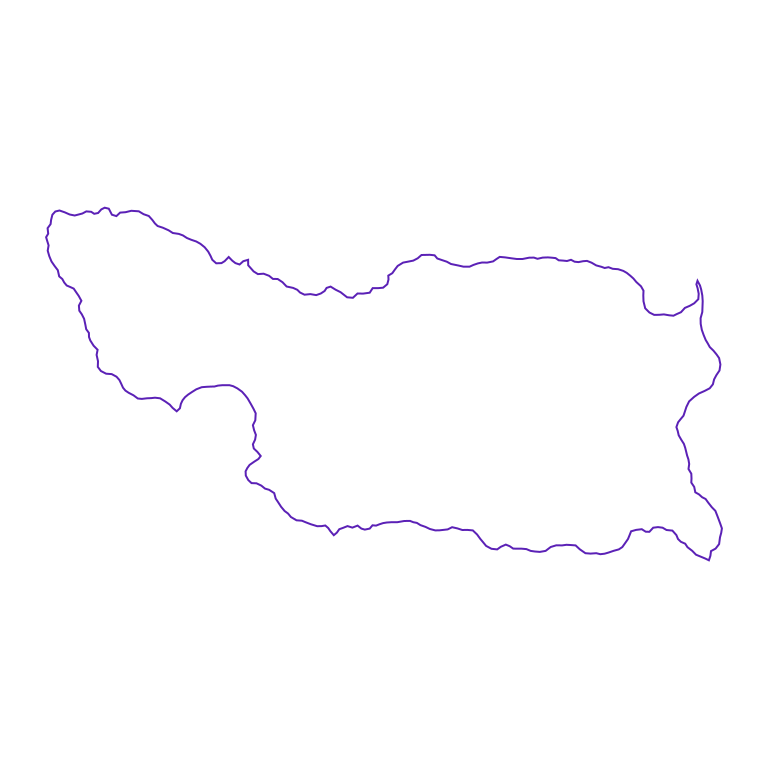 outline of Comendador Gomes, Minas Gerais, Brazil
{"feature_id": "56859067B18918889331933", "entity_name": "Comendador Gomes", "entity_type": "district", "adm_level": 2, "iso_a3": "BRA", "parent_name": "Brazil", "parent_adm1": "Minas Gerais", "projection": "albers", "projection_center": [-49.083, -19.671], "detail": "fine", "context": "isolated", "style": "outline", "palette": "violet", "viewbox_px": 768, "rotation_deg": 0, "n_neighbors": 0, "source": "geoboundaries", "source_scale": "gbopen_adm2", "svg_char_len": 5179}
<svg xmlns="http://www.w3.org/2000/svg" viewBox="0 0 768 768"><path d="M52.4,214.7L51.1,219.9L50.6,224.1L47.6,228.2L48.2,233.7L46.1,237.2L47.2,240.9L48.6,245.4L47.7,250.7L49.3,256.2L51.5,261.5L54.6,266.0L57.8,270.2L59.2,276.4L62.3,279.0L64.2,282.5L66.7,285.5L70.2,287.0L73.7,288.6L76.0,292.0L78.7,295.9L81.4,300.8L78.9,305.6L79.3,310.7L81.8,314.3L84.1,318.8L85.4,324.9L86.2,329.2L88.9,332.9L89.0,337.0L90.3,340.5L93.6,345.7L97.6,349.8L96.6,354.9L98.0,361.2L97.8,366.9L100.9,371.0L106.1,373.7L111.7,374.1L116.5,376.7L119.4,380.0L121.1,383.5L123.0,387.7L125.4,390.6L128.7,392.8L133.5,395.3L137.8,398.5L141.8,398.9L146.9,398.3L151.3,398.1L155.0,397.7L160.1,398.3L165.3,401.5L169.7,404.6L172.6,407.9L176.7,411.3L179.9,408.3L180.9,403.8L182.6,400.2L185.0,397.2L188.1,394.6L192.0,392.0L196.3,389.3L201.7,387.2L206.6,386.8L210.7,386.6L214.5,386.5L218.0,385.6L222.3,385.2L229.5,385.2L233.2,386.2L237.4,388.4L242.0,391.7L245.1,395.2L247.6,398.4L250.8,403.9L253.5,408.8L255.7,413.3L255.3,420.3L252.9,425.2L254.1,430.2L255.9,434.9L255.1,439.6L252.9,444.3L253.8,448.5L257.4,451.9L260.7,456.0L258.4,459.0L254.2,461.7L249.6,464.9L247.4,467.9L245.6,471.3L245.8,475.6L248.3,480.1L251.5,483.1L256.5,483.3L261.3,485.6L265.0,488.6L269.1,489.8L274.2,493.1L275.7,498.6L277.8,501.7L281.1,506.8L284.6,511.0L288.0,513.5L290.9,517.0L296.5,520.3L301.9,520.7L305.5,522.2L310.7,524.2L317.2,526.2L321.6,526.1L325.3,525.5L328.2,528.0L330.3,531.1L333.8,535.2L336.8,532.7L339.3,529.2L342.7,528.0L347.5,526.1L352.4,527.6L357.6,525.6L361.4,528.6L364.8,529.6L369.7,528.6L372.5,525.3L376.1,525.6L379.4,524.3L383.1,523.1L386.8,522.5L391.5,522.2L397.3,522.2L404.2,521.0L410.0,520.9L413.3,522.2L416.9,522.9L420.4,525.1L425.5,526.9L429.9,529.0L435.3,530.4L439.6,530.3L443.3,529.9L447.7,529.4L452.1,527.2L457.4,528.4L462.3,530.0L467.2,529.9L472.8,530.4L477.1,534.5L480.3,538.9L482.9,542.0L486.1,545.9L491.5,548.8L497.2,549.4L500.8,546.8L505.8,544.6L509.7,546.2L513.2,548.6L517.8,548.7L521.8,548.7L526.4,549.1L530.7,550.9L534.9,551.5L539.8,551.9L545.6,550.9L550.7,547.0L556.3,545.3L562.1,545.4L566.5,544.8L570.2,545.0L575.6,545.4L579.8,549.3L585.4,553.2L590.5,553.6L596.3,553.2L600.3,554.2L604.6,553.7L608.4,552.6L613.7,550.8L618.8,549.4L622.3,547.1L625.0,543.3L628.0,539.0L629.6,535.1L631.1,531.3L636.1,529.9L641.8,529.2L645.7,531.7L649.4,531.8L653.2,527.7L658.0,527.1L662.6,527.7L666.5,530.0L672.4,530.6L676.4,535.1L678.0,539.0L680.9,541.8L685.2,543.7L687.5,547.2L692.2,550.8L696.0,554.7L700.6,556.6L705.4,558.6L708.9,560.3L710.4,555.8L711.0,551.1L715.6,548.6L719.1,544.1L720.0,537.3L721.2,532.9L721.9,528.4L720.2,523.5L717.7,516.8L715.4,510.9L711.8,507.2L708.2,502.6L705.6,499.0L702.1,497.2L699.0,494.4L695.3,492.3L694.2,486.9L691.3,482.6L691.5,478.4L691.3,473.7L688.5,469.0L689.2,464.0L688.4,459.3L687.1,455.5L686.2,451.8L685.2,447.8L683.9,443.9L681.3,439.8L678.7,435.3L677.7,430.9L676.4,427.1L678.1,422.3L680.4,419.4L683.5,415.7L684.9,411.5L686.4,406.9L689.1,401.4L694.1,396.9L698.9,393.5L704.5,391.0L709.7,388.3L712.9,384.3L714.1,379.4L716.4,375.1L719.5,370.5L720.4,364.5L719.1,358.1L716.6,354.5L713.4,350.6L709.8,347.1L707.7,343.3L705.7,340.0L703.6,334.9L701.8,329.8L700.7,323.9L700.6,318.2L702.3,312.0L702.5,306.5L702.7,301.2L702.3,295.5L701.2,289.6L700.0,285.5L697.5,280.8L696.4,284.3L697.6,288.2L698.7,293.8L698.3,299.2L694.2,303.3L689.8,305.8L684.9,307.9L681.0,312.2L676.7,314.1L673.5,315.7L669.2,315.3L663.9,314.4L659.2,314.8L654.2,314.9L649.4,312.5L645.2,308.3L643.5,301.3L643.3,295.4L643.5,290.7L641.0,286.3L636.3,282.0L633.4,278.5L630.4,275.8L626.8,272.9L623.3,270.9L618.1,269.2L612.7,268.8L608.5,267.2L604.7,268.0L601.4,266.8L596.2,265.4L591.6,262.7L587.0,260.9L583.1,261.2L578.5,262.1L574.6,261.7L571.0,259.8L567.0,261.0L563.1,260.6L558.7,260.3L555.6,258.1L551.9,257.7L547.9,257.4L542.7,257.6L537.5,258.8L533.9,257.6L529.1,257.7L522.5,259.0L516.8,259.0L511.4,258.3L505.2,257.4L499.7,256.9L496.5,259.0L493.1,261.4L487.2,262.6L482.1,262.5L477.9,263.4L473.5,264.9L469.5,266.7L463.6,266.7L458.3,265.5L454.9,264.8L451.0,264.0L446.8,261.7L441.7,260.0L437.3,258.5L434.6,255.3L429.8,254.8L425.8,254.9L421.5,255.0L417.7,258.3L413.3,260.6L408.3,261.6L403.1,262.6L397.7,265.9L395.0,269.4L392.3,273.2L388.3,275.6L388.5,279.5L387.3,284.2L383.1,287.7L378.5,288.1L372.7,288.1L369.7,292.7L363.1,293.6L357.5,293.5L352.9,297.8L347.1,297.3L340.6,292.2L335.6,289.7L330.6,286.6L326.6,287.9L324.6,291.0L320.8,293.5L316.2,295.1L310.4,294.1L304.5,294.7L300.0,292.5L297.3,289.8L293.1,287.9L286.6,286.5L282.5,282.2L277.7,279.0L272.9,278.9L269.1,275.8L263.6,273.7L257.9,274.1L253.6,271.4L250.7,268.1L248.2,265.3L248.1,259.8L243.3,261.2L239.6,264.5L235.4,263.1L232.3,260.7L228.7,257.0L224.6,261.2L221.5,263.1L216.2,263.3L212.3,259.8L210.5,255.8L208.2,251.6L204.6,247.2L200.4,243.8L196.3,241.5L191.3,239.8L186.9,238.0L182.9,235.4L178.8,233.9L172.8,233.0L168.6,230.3L162.8,227.7L157.6,226.0L154.9,223.4L152.3,219.9L148.8,216.0L143.6,214.2L138.8,211.3L131.3,210.8L125.5,212.2L120.1,212.6L116.4,216.1L111.9,214.7L108.8,208.7L104.7,207.7L101.3,209.4L98.1,213.0L94.2,213.8L91.2,211.8L86.3,211.4L82.4,213.5L78.6,214.5L74.7,215.5L69.7,214.5L64.7,212.3L59.5,210.5L55.3,211.5L52.4,214.7Z" fill="none" stroke="#5b21b6" stroke-width="2"/></svg>